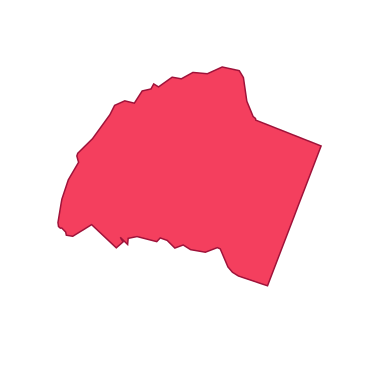 Atlantic, New Jersey, United States of America, rotated 159°
{"feature_id": "52423323B94893090116384", "entity_name": "Atlantic", "entity_type": "district", "adm_level": 2, "iso_a3": "USA", "parent_name": "United States of America", "parent_adm1": "New Jersey", "projection": "albers", "projection_center": [-74.593, 39.509], "detail": "fine", "context": "isolated", "style": "filled", "palette": "rose", "viewbox_px": 384, "rotation_deg": 159, "n_neighbors": 0, "source": "geoboundaries", "source_scale": "gbopen_adm2", "svg_char_len": 907}
<svg xmlns="http://www.w3.org/2000/svg" viewBox="0 0 384 384"><g transform="rotate(159 192 192)"><path d="M98.5,140.4L84.6,155.8L55.0,188.7L106.7,236.2L106.4,237.9L107.9,240.6L108.3,257.1L103.0,280.4L104.4,288.3L119.0,297.9L135.3,296.9L148.3,303.3L161.4,301.5L169.4,306.3L185.6,302.1L189.0,306.6L193.4,302.9L202.3,304.2L214.0,295.6L222.1,301.2L233.2,300.6L240.9,293.6L265.8,277.4L284.8,269.1L286.6,266.9L287.1,262.3L287.2,260.4L303.1,247.7L316.0,232.0L318.6,227.7L328.1,211.5L329.0,207.6L327.9,205.5L326.5,205.0L324.3,199.9L324.8,196.7L319.2,193.4L297.4,197.5L282.7,167.0L274.3,170.1L275.2,175.4L270.9,166.1L268.2,171.6L259.3,170.1L242.7,158.3L238.1,160.5L232.5,155.7L228.1,145.8L219.2,145.7L214.0,138.7L201.1,131.0L188.3,131.0L186.0,128.8L185.3,109.1L183.0,102.6L179.2,97.5L178.6,96.8L160.0,81.4L155.1,77.4L129.5,105.9L105.7,132.3L98.5,140.4Z" fill="#f43f5e" stroke="#9f1239" stroke-width="1.5"/></g></svg>